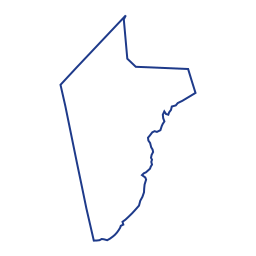 outline of Tangará, Rio Grande do Norte, Brazil
{"feature_id": "56859067B19531014030486", "entity_name": "Tangará", "entity_type": "district", "adm_level": 2, "iso_a3": "BRA", "parent_name": "Brazil", "parent_adm1": "Rio Grande do Norte", "projection": "robinson", "projection_center": [-35.801, -6.218], "detail": "fine", "context": "isolated", "style": "outline", "palette": "blue", "viewbox_px": 256, "rotation_deg": 0, "n_neighbors": 0, "source": "geoboundaries", "source_scale": "gbopen_adm2", "svg_char_len": 1067}
<svg xmlns="http://www.w3.org/2000/svg" viewBox="0 0 256 256"><path d="M195.5,92.9L191.4,79.8L188.1,69.0L148.6,67.3L135.8,66.8L127.3,58.7L123.8,19.4L125.8,15.4L76.2,67.9L60.5,84.8L65.3,105.9L77.0,163.2L81.8,186.2L86.4,208.5L93.8,240.6L96.9,240.5L99.5,240.2L101.7,239.0L103.9,239.3L107.2,240.2L109.9,238.7L112.9,236.5L114.8,234.9L116.9,232.6L118.7,230.1L120.1,227.8L120.8,225.8L123.3,224.6L122.5,221.8L125.4,219.7L128.3,217.0L132.2,213.2L136.2,208.8L139.0,205.6L140.3,200.7L142.4,196.9L144.0,192.3L144.2,188.4L144.6,184.5L146.1,179.6L145.3,177.5L142.0,175.1L143.8,173.3L146.0,172.3L147.9,170.6L150.0,168.7L150.8,166.5L152.0,164.6L151.3,161.9L152.0,159.7L151.0,157.8L151.6,154.9L153.1,152.0L152.6,149.6L151.2,147.3L150.1,143.0L148.4,140.6L148.0,137.7L149.7,135.7L152.3,132.3L154.6,131.2L156.9,131.9L160.4,130.2L161.8,125.9L162.8,123.8L164.4,121.4L163.2,118.2L162.8,114.7L164.3,111.4L166.0,114.0L168.3,114.7L169.1,112.4L171.0,109.9L171.8,106.5L173.7,106.0L175.8,105.4L177.7,103.1L180.1,101.9L182.2,100.9L195.5,92.9Z" fill="none" stroke="#1e3a8a" stroke-width="2"/></svg>